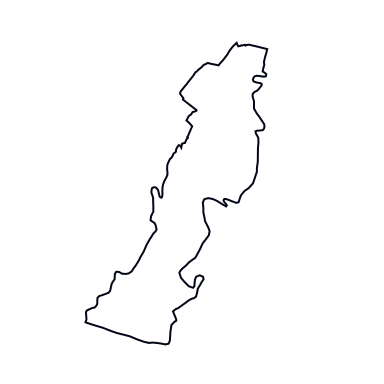 the district of Moskva, Chuy, Kyrgyzstan, rotated 22°
{"feature_id": "92254566B97912896039768", "entity_name": "Moskva", "entity_type": "district", "adm_level": 2, "iso_a3": "KGZ", "parent_name": "Kyrgyzstan", "parent_adm1": "Chuy", "projection": "robinson", "projection_center": [74.071, 42.777], "detail": "fine", "context": "isolated", "style": "outline", "palette": "ink", "viewbox_px": 384, "rotation_deg": 22, "n_neighbors": 0, "source": "geoboundaries", "source_scale": "gbopen_adm2", "svg_char_len": 3645}
<svg xmlns="http://www.w3.org/2000/svg" viewBox="0 0 384 384"><g transform="rotate(22 192 192)"><path d="M224.9,315.8L219.1,309.8L220.8,306.7L222.7,304.8L224.2,302.4L225.8,299.9L227.6,297.1L229.6,293.7L232.0,290.8L233.7,289.7L234.9,287.4L234.5,283.8L233.6,279.3L234.4,274.7L234.7,272.1L235.4,268.7L234.1,266.5L230.4,266.3L227.6,269.0L227.6,272.3L229.5,278.6L228.8,280.4L224.4,280.6L218.1,277.9L214.1,275.8L210.6,271.8L210.7,269.7L211.8,266.5L214.0,262.4L215.5,258.5L218.2,253.9L219.5,252.3L220.0,249.7L220.9,241.6L221.1,235.8L222.8,229.8L223.8,225.7L223.0,221.7L220.5,218.9L215.0,214.1L212.8,210.5L210.4,207.1L208.3,202.1L206.0,197.7L206.1,194.1L209.3,191.6L214.1,190.7L218.5,190.9L223.6,191.8L229.0,192.6L229.3,191.4L228.4,190.6L225.4,189.0L224.3,187.8L224.6,186.4L226.1,185.8L229.3,185.6L232.8,185.6L237.0,185.5L239.0,184.1L238.6,176.9L240.3,171.4L243.1,167.2L245.3,161.1L244.6,149.0L243.1,145.2L241.7,139.4L236.7,126.6L235.1,121.2L233.1,116.8L229.2,113.7L228.1,111.9L229.5,110.7L232.6,109.2L234.5,108.1L235.0,106.1L234.6,103.9L233.4,102.0L225.7,96.7L222.5,94.8L222.4,94.7L218.2,91.4L215.4,84.5L212.9,81.4L212.1,80.2L211.6,78.0L212.5,75.8L214.3,73.8L215.4,71.5L215.6,70.4L216.2,68.7L216.6,66.7L216.0,65.6L214.4,65.5L210.7,66.3L207.8,66.4L206.5,65.2L206.2,63.4L206.5,61.9L207.3,60.8L208.6,59.9L211.1,59.2L214.3,58.5L217.0,57.3L217.1,56.1L216.6,54.9L214.5,54.1L212.4,53.8L211.9,51.3L211.3,46.7L210.0,44.6L209.2,39.4L208.8,35.3L208.2,31.3L206.1,31.6L205.5,31.7L201.3,32.3L201.0,32.3L198.4,32.7L196.9,32.9L195.6,33.1L194.1,33.4L190.8,33.9L190.3,33.8L190.0,33.9L186.8,35.7L186.8,36.0L186.5,35.9L186.0,35.7L185.7,35.8L183.6,37.4L183.3,37.4L182.7,37.6L181.8,38.7L181.1,39.1L180.2,39.6L178.3,37.8L177.5,37.0L176.1,40.0L175.3,42.0L173.8,47.3L173.3,51.2L171.8,56.7L171.0,59.2L169.8,62.3L169.2,64.6L160.7,66.2L158.3,66.4L156.4,68.7L155.3,69.6L154.4,72.0L153.5,74.0L152.4,75.6L151.2,78.7L150.5,79.3L150.1,80.8L149.7,83.4L148.3,88.1L147.4,91.1L146.6,94.2L145.9,96.1L145.1,98.8L144.0,102.3L143.8,104.7L144.5,105.6L149.0,108.4L149.0,109.7L154.6,111.3L161.3,113.2L165.5,114.4L165.4,115.5L162.6,117.7L162.1,120.5L161.0,122.0L160.6,123.1L160.0,127.7L163.5,129.0L167.2,130.8L167.6,131.1L167.4,133.3L167.4,136.7L167.3,139.0L167.3,141.9L167.0,143.0L167.9,143.4L167.1,145.6L167.1,149.1L164.7,150.8L165.4,154.9L164.2,153.9L163.5,153.4L162.2,153.5L161.6,155.5L161.3,158.4L161.9,160.3L161.9,161.1L160.5,163.2L160.5,165.2L160.3,167.3L159.2,169.9L158.9,173.8L159.0,176.3L160.1,179.4L160.7,180.9L161.8,182.8L162.8,185.4L162.7,188.4L162.2,192.8L162.5,196.9L162.9,198.5L163.9,201.6L164.7,203.5L165.6,205.5L166.1,207.7L165.6,208.8L163.8,208.5L161.3,205.0L159.7,202.8L157.1,201.4L155.0,201.7L153.5,203.5L153.9,205.8L154.7,208.0L156.6,210.0L158.2,212.1L159.9,216.2L161.4,219.4L163.6,225.0L163.3,226.4L163.1,229.8L164.2,233.8L168.9,234.8L170.5,236.2L172.3,238.7L173.3,240.5L172.8,242.5L171.7,245.1L171.0,249.3L170.5,251.8L169.7,258.0L169.5,265.6L168.6,271.4L168.4,275.0L167.3,281.6L166.3,285.2L165.9,288.1L163.6,291.4L161.2,292.8L157.9,293.9L154.5,293.5L152.6,293.9L151.6,294.5L151.2,297.1L152.4,300.2L152.9,302.0L152.1,305.5L152.0,307.8L152.5,310.7L153.1,314.3L152.4,316.6L149.7,319.2L146.8,321.8L145.0,323.2L144.0,325.5L145.0,328.5L146.0,331.0L146.0,332.8L145.0,335.6L142.8,337.0L141.0,339.0L138.9,341.2L138.7,343.2L140.8,347.4L142.0,350.0L142.0,352.6L143.0,352.7L150.6,352.2L159.9,351.3L168.8,351.2L175.2,350.9L182.1,349.9L188.5,349.1L196.3,349.2L203.4,348.9L208.6,348.1L211.8,346.4L216.8,344.9L220.6,344.0L224.4,343.3L227.2,341.3L227.1,338.0L225.4,332.7L224.3,329.6L222.8,322.9L224.4,318.9L225.6,317.3L224.9,315.8Z" fill="none" stroke="#020617" stroke-width="2"/></g></svg>